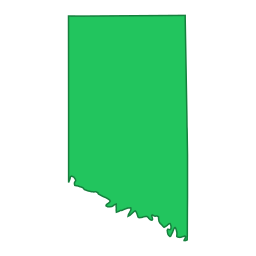 Matacos, Formosa, Argentina
{"feature_id": "61730980B89566951406384", "entity_name": "Matacos", "entity_type": "district", "adm_level": 2, "iso_a3": "ARG", "parent_name": "Argentina", "parent_adm1": "Formosa", "projection": "robinson", "projection_center": [-62.047, -23.907], "detail": "fine", "context": "isolated", "style": "filled", "palette": "green", "viewbox_px": 256, "rotation_deg": 0, "n_neighbors": 0, "source": "geoboundaries", "source_scale": "gbopen_adm2", "svg_char_len": 2693}
<svg xmlns="http://www.w3.org/2000/svg" viewBox="0 0 256 256"><path d="M68.5,16.0L68.6,111.3L68.6,180.5L68.6,182.5L69.9,179.1L70.5,176.7L71.7,176.1L72.7,176.6L73.4,176.9L73.9,177.2L74.4,177.9L74.7,178.3L75.2,179.0L75.6,180.1L75.7,180.7L75.0,181.7L74.5,182.6L74.4,183.9L74.7,185.0L74.8,185.4L75.7,185.6L77.5,185.9L77.8,185.9L79.8,186.7L81.2,187.0L82.3,187.5L83.1,187.9L84.0,189.1L84.3,189.5L84.5,189.6L85.9,190.1L87.2,190.6L88.4,191.0L89.6,191.2L90.3,191.4L91.4,191.7L92.8,191.7L93.2,191.8L93.8,192.0L94.6,191.8L95.6,191.7L96.1,191.8L96.5,192.0L96.8,192.2L97.7,192.6L98.0,192.9L98.0,193.4L98.6,194.1L100.8,195.3L102.4,196.2L103.7,196.8L105.0,197.3L106.0,197.7L106.1,197.8L107.2,198.4L108.6,199.3L109.9,200.3L110.1,201.4L109.4,202.4L108.1,203.4L107.3,203.9L106.4,204.6L106.0,205.8L107.7,206.8L109.6,206.8L110.5,206.7L111.9,206.5L113.0,205.9L114.6,204.6L116.2,204.1L116.1,206.2L116.3,208.3L116.2,210.1L116.4,212.2L119.0,211.3L119.7,210.8L120.2,210.6L120.9,210.4L121.4,210.5L122.2,210.3L123.8,209.5L127.9,208.0L129.0,208.0L130.7,207.8L131.0,209.2L130.6,210.8L130.2,211.3L129.8,212.1L129.3,213.1L128.5,214.4L128.1,216.2L129.9,215.3L133.2,212.3L134.6,211.1L135.3,210.9L136.0,211.7L136.7,213.1L137.0,213.8L137.1,214.1L137.2,214.7L137.6,215.6L138.0,217.0L138.3,217.2L138.8,217.6L139.5,217.7L141.0,217.5L142.1,217.4L143.0,217.0L143.7,216.8L144.9,216.6L145.7,216.5L146.8,216.4L148.3,217.5L148.8,218.4L149.3,218.8L149.6,219.0L149.8,219.3L150.1,219.6L150.7,219.9L151.3,220.1L152.0,220.2L152.6,219.2L152.1,217.0L151.7,215.5L152.2,214.9L153.7,215.5L154.1,216.0L154.8,216.1L155.4,216.2L156.1,216.0L156.8,215.9L158.5,216.8L158.6,219.0L158.8,220.1L158.9,220.6L159.0,221.3L159.8,222.8L160.3,223.5L161.2,224.3L161.8,224.9L162.9,226.2L163.8,227.1L164.1,227.3L165.2,226.7L166.3,226.0L166.8,225.6L167.3,225.3L167.7,224.8L168.2,224.4L169.3,223.6L170.2,223.6L171.0,225.9L171.0,228.6L170.1,229.7L167.8,229.2L167.2,230.3L167.5,232.6L167.7,233.4L167.9,234.2L168.2,234.7L168.8,235.5L170.0,236.5L170.8,236.0L171.2,235.0L171.6,234.2L171.8,233.7L172.2,233.0L172.6,232.3L172.8,231.5L173.2,230.6L173.7,229.2L174.6,227.6L175.1,227.5L175.4,227.8L176.1,229.3L176.3,230.0L176.5,231.0L176.8,232.1L176.9,233.0L176.9,234.1L176.8,235.5L176.8,236.4L176.8,236.5L177.9,237.1L179.2,237.3L179.9,237.4L181.4,237.1L181.9,236.9L182.7,236.6L183.8,236.4L184.2,236.2L184.6,236.0L185.1,236.1L185.6,236.6L185.4,237.2L185.3,237.9L184.4,239.7L184.0,240.2L184.1,240.6L185.6,240.6L187.2,239.9L187.2,238.9L187.2,236.9L187.3,236.3L187.4,210.4L187.4,210.2L187.5,197.7L187.5,193.7L187.5,169.9L187.5,155.0L187.2,134.0L187.1,129.1L187.0,126.6L186.9,116.7L185.2,18.4L185.2,15.4L82.3,16.1L68.5,16.0Z" fill="#22c55e" stroke="#15803d" stroke-width="1.5"/></svg>